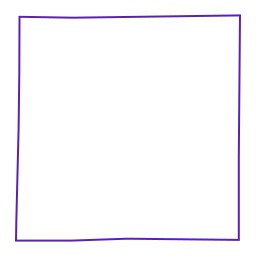 the district of Marion, Illinois, United States of America
{"feature_id": "52423323B11671877616863", "entity_name": "Marion", "entity_type": "district", "adm_level": 2, "iso_a3": "USA", "parent_name": "United States of America", "parent_adm1": "Illinois", "projection": "orthographic", "projection_center": [-88.957, 38.65], "detail": "fine", "context": "isolated", "style": "outline", "palette": "violet", "viewbox_px": 256, "rotation_deg": 0, "n_neighbors": 0, "source": "geoboundaries", "source_scale": "gbopen_adm2", "svg_char_len": 260}
<svg xmlns="http://www.w3.org/2000/svg" viewBox="0 0 256 256"><path d="M238.8,239.9L238.8,156.1L240.0,15.4L73.1,17.7L19.5,16.8L19.3,72.9L18.6,128.8L16.3,222.0L16.0,240.6L71.6,240.6L127.0,238.7L238.8,239.9Z" fill="none" stroke="#5b21b6" stroke-width="2"/></svg>